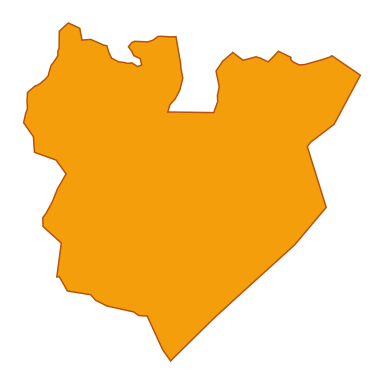 the district of Boki, Cross River, Nigeria
{"feature_id": "59680162B37931278966472", "entity_name": "Boki", "entity_type": "district", "adm_level": 2, "iso_a3": "NGA", "parent_name": "Nigeria", "parent_adm1": "Cross River", "projection": "orthographic", "projection_center": [8.95, 6.249], "detail": "fine", "context": "isolated", "style": "filled", "palette": "amber", "viewbox_px": 384, "rotation_deg": 0, "n_neighbors": 0, "source": "geoboundaries", "source_scale": "gbopen_adm2", "svg_char_len": 1341}
<svg xmlns="http://www.w3.org/2000/svg" viewBox="0 0 384 384"><path d="M67.4,291.0L90.7,294.7L95.6,300.3L107.0,306.0L133.6,311.9L138.8,315.6L147.2,316.0L162.6,349.6L170.6,361.0L175.2,356.3L213.5,318.6L241.0,293.5L293.4,246.0L294.7,244.8L326.2,207.4L307.3,146.6L310.6,142.2L334.1,124.3L360.4,75.2L331.8,55.7L330.3,56.9L323.9,59.1L304.3,64.7L299.2,64.9L292.9,61.9L290.6,59.5L291.0,57.4L278.5,51.3L268.2,61.9L260.7,58.3L256.0,56.8L243.1,60.3L232.8,52.5L222.8,61.1L216.3,70.6L216.1,71.6L219.3,86.8L217.4,95.5L217.7,101.6L213.8,112.6L167.8,112.0L169.9,104.8L175.2,98.9L179.8,90.1L182.8,78.1L180.9,68.2L180.7,64.1L179.9,59.2L180.0,60.2L176.0,36.7L171.2,36.9L160.9,36.3L158.1,36.4L152.9,40.2L147.9,41.9L134.5,41.3L131.9,42.5L128.4,46.7L132.0,51.7L133.8,55.6L140.2,58.6L141.7,65.0L137.6,66.6L131.9,62.9L127.2,63.4L124.5,62.5L118.6,61.8L111.6,58.2L109.9,54.6L109.5,54.4L106.8,45.7L103.9,45.2L90.7,39.4L82.0,40.1L79.8,28.4L78.4,27.6L68.3,23.0L59.3,31.2L59.1,48.3L57.9,50.9L57.8,55.7L55.9,59.0L51.0,65.7L48.5,74.3L48.5,75.2L48.1,75.9L45.7,78.8L42.8,81.2L40.1,83.7L36.3,85.7L35.3,85.8L27.5,92.5L27.0,101.7L27.5,108.5L25.7,113.4L23.6,122.7L33.4,136.7L34.5,152.3L56.1,160.1L66.1,173.9L57.4,189.1L52.3,201.9L46.0,213.4L42.9,217.5L43.0,226.5L61.3,243.1L56.8,277.0L59.3,276.6L67.4,291.0L67.4,291.0Z" fill="#f59e0b" stroke="#b45309" stroke-width="1.5"/></svg>